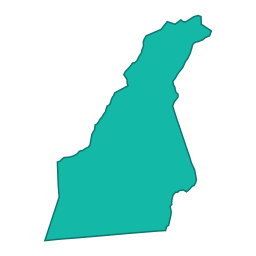 the district of Bezerros, Pernambuco, Brazil, rotated 179°
{"feature_id": "56859067B40256242933504", "entity_name": "Bezerros", "entity_type": "district", "adm_level": 2, "iso_a3": "BRA", "parent_name": "Brazil", "parent_adm1": "Pernambuco", "projection": "equal_earth", "projection_center": [-35.81, -8.245], "detail": "fine", "context": "isolated", "style": "filled", "palette": "teal", "viewbox_px": 256, "rotation_deg": 179, "n_neighbors": 0, "source": "geoboundaries", "source_scale": "gbopen_adm2", "svg_char_len": 1866}
<svg xmlns="http://www.w3.org/2000/svg" viewBox="0 0 256 256"><g transform="rotate(179 128 128)"><path d="M53.1,238.2L56.0,239.2L58.6,238.6L60.5,238.0L62.2,236.9L64.5,235.5L66.6,234.1L69.1,232.9L71.4,233.6L73.3,235.2L79.1,230.9L82.1,231.9L86.9,233.7L88.7,231.5L91.2,228.4L93.3,225.9L108.1,219.9L110.3,216.4L111.2,213.9L111.1,209.8L111.9,207.4L112.9,205.4L113.4,202.4L115.1,200.4L116.5,197.7L117.9,195.0L119.9,193.2L122.4,192.9L123.9,190.5L127.0,187.1L129.5,184.7L131.3,181.4L129.5,178.8L128.1,176.5L128.0,172.7L127.2,170.3L139.0,164.2L140.7,163.3L141.7,160.7L143.0,159.0L144.2,156.6L144.7,154.3L146.2,151.5L148.5,150.2L149.6,147.1L150.2,144.5L151.7,142.8L153.0,140.8L154.1,139.0L155.7,137.3L157.2,134.8L159.0,132.5L160.8,131.6L161.2,129.1L161.6,126.5L162.8,124.8L164.2,122.2L166.3,111.6L168.1,109.4L170.8,108.3L173.6,106.3L175.5,106.1L177.2,105.4L179.3,103.0L182.4,101.2L185.4,100.3L187.3,99.9L189.6,99.7L192.4,99.6L194.3,98.2L196.2,96.2L199.2,95.2L198.7,70.8L198.3,64.8L198.0,60.2L213.1,16.8L201.7,17.8L196.1,18.2L182.3,19.0L161.6,20.4L130.2,22.6L128.5,22.7L119.7,23.3L117.6,23.4L100.4,24.5L92.2,24.8L91.1,28.7L89.0,30.2L88.2,33.9L87.3,37.5L86.6,40.7L86.3,43.8L87.2,49.0L85.6,50.8L85.7,53.2L85.1,56.7L84.1,60.3L81.6,62.9L79.5,63.0L77.5,64.6L73.6,65.1L70.7,63.2L68.7,64.7L66.7,66.6L64.9,68.7L63.0,69.3L61.4,71.9L60.5,75.2L62.2,85.1L65.2,91.8L66.8,97.6L67.5,99.8L70.0,107.5L72.5,115.4L80.0,139.0L83.0,149.2L81.3,153.3L79.2,155.9L77.4,158.3L77.5,161.1L79.3,162.6L80.2,165.7L80.5,168.1L81.9,170.5L82.3,174.2L80.5,176.1L79.2,178.0L78.2,179.9L76.6,182.3L74.0,185.4L72.2,187.6L70.6,190.9L69.2,193.9L67.2,196.3L65.9,198.9L64.3,202.2L63.6,204.6L62.8,206.8L62.3,209.2L61.1,211.4L58.7,212.8L56.0,213.2L53.6,214.2L51.4,215.1L49.2,217.1L46.8,218.0L44.8,218.8L44.0,220.9L42.9,223.5L53.0,230.5L53.0,235.1L53.1,238.2Z" fill="#14b8a6" stroke="#0f766e" stroke-width="1.5"/></g></svg>